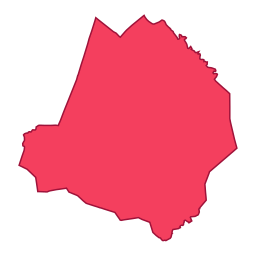 San Pedro Amuzgos, Oaxaca, Mexico (Albers equal-area conic projection)
{"feature_id": "50627088B31860900059957", "entity_name": "San Pedro Amuzgos", "entity_type": "district", "adm_level": 2, "iso_a3": "MEX", "parent_name": "Mexico", "parent_adm1": "Oaxaca", "projection": "albers", "projection_center": [-98.077, 16.678], "detail": "fine", "context": "isolated", "style": "filled", "palette": "rose", "viewbox_px": 256, "rotation_deg": 0, "n_neighbors": 0, "source": "geoboundaries", "source_scale": "gbopen_adm2", "svg_char_len": 3754}
<svg xmlns="http://www.w3.org/2000/svg" viewBox="0 0 256 256"><path d="M165.8,240.6L166.3,240.4L167.3,239.8L169.8,238.5L170.1,238.4L170.4,238.0L170.5,237.8L170.8,237.5L171.0,237.2L171.8,233.9L172.2,233.4L171.9,233.3L172.3,230.7L173.0,229.5L175.6,229.1L178.5,228.6L179.2,228.1L180.4,227.6L180.4,227.3L179.9,226.8L180.1,226.4L180.2,226.1L180.7,225.6L181.0,225.4L181.4,225.3L182.0,225.2L182.6,225.3L182.8,225.4L183.5,224.7L183.5,224.3L183.6,223.5L183.8,222.7L184.0,222.3L184.2,222.1L184.2,221.7L184.2,221.0L184.3,220.6L184.7,220.4L185.2,220.2L185.7,220.4L187.6,221.7L188.8,222.2L188.8,222.7L189.1,222.7L189.4,222.6L189.7,222.3L189.9,222.1L190.3,222.0L190.4,221.9L190.5,221.8L191.4,221.2L191.6,221.1L191.6,220.8L191.4,220.5L191.6,220.5L190.3,217.4L190.4,217.2L190.6,217.0L190.7,216.8L195.0,216.4L196.3,215.8L196.5,215.6L196.8,215.4L197.0,215.3L197.7,215.2L198.1,214.7L198.3,214.4L198.6,213.9L199.3,212.0L199.2,210.9L199.0,210.0L198.9,209.5L198.8,209.3L199.0,209.0L199.1,208.8L199.7,208.6L199.5,208.1L206.2,200.2L206.0,197.3L205.5,192.2L204.9,184.1L209.3,172.5L209.3,172.3L209.4,171.8L223.4,159.8L236.9,148.2L234.5,139.4L232.2,129.6L230.6,122.8L229.8,118.7L229.8,111.6L229.8,106.5L229.7,93.7L226.5,90.7L223.0,87.7L219.0,84.1L215.6,81.0L215.2,80.3L214.4,79.2L216.4,76.8L217.1,75.2L217.3,74.5L217.4,74.3L217.2,74.0L216.3,73.6L214.8,73.5L214.3,73.6L214.1,73.7L213.6,73.7L213.0,72.9L213.3,72.1L213.8,71.4L214.2,71.2L215.2,71.4L215.6,71.3L215.8,70.5L215.3,69.2L212.4,68.1L210.9,67.7L209.3,67.6L207.6,67.2L206.2,65.5L206.7,64.8L207.2,64.3L207.3,62.0L206.5,62.1L204.6,61.2L204.0,61.5L203.8,59.7L202.6,59.4L201.2,59.5L200.8,59.4L199.9,58.9L199.8,58.7L200.0,56.2L200.3,55.7L200.2,54.6L199.8,53.8L198.7,54.1L197.9,53.8L198.2,52.8L198.8,51.7L196.0,52.7L195.1,52.2L194.3,51.0L191.3,49.4L191.9,48.6L190.7,46.5L188.9,48.4L188.5,48.5L187.7,48.2L186.8,44.3L185.9,42.6L184.5,40.4L184.5,39.4L186.0,38.5L186.4,37.8L185.1,36.7L182.9,36.7L182.5,36.7L181.9,36.7L181.7,36.4L181.7,35.9L181.3,35.2L179.6,34.5L179.3,34.9L179.3,36.2L179.3,37.0L179.7,37.9L179.5,38.5L178.5,39.2L177.7,39.1L177.2,37.6L174.9,34.6L174.3,33.9L174.0,33.4L173.5,32.8L173.1,31.5L171.3,30.2L170.4,29.0L170.5,28.9L169.9,28.2L168.3,26.9L166.2,24.7L165.2,22.4L164.5,21.2L164.3,21.0L164.0,20.9L163.4,20.6L162.8,20.2L162.1,20.1L161.8,20.1L160.2,21.3L158.9,22.1L155.2,23.6L154.0,24.1L153.5,24.0L152.3,23.8L150.5,22.6L149.6,22.0L148.8,21.5L146.7,19.5L144.9,17.0L144.1,15.4L142.7,16.5L131.7,25.5L126.6,30.1L125.1,31.7L120.3,37.2L119.0,36.2L116.2,33.2L113.4,31.7L110.0,29.0L98.5,19.9L95.8,17.7L95.0,20.6L91.8,30.8L89.1,38.7L87.8,43.6L83.8,56.7L81.2,64.7L79.3,71.0L79.0,72.0L78.2,74.7L77.7,75.6L76.6,79.7L72.6,89.7L72.2,90.7L67.8,101.7L65.2,108.1L63.2,113.2L60.4,120.6L58.9,123.9L58.4,125.5L55.6,125.2L51.1,125.4L44.1,125.4L41.2,125.3L39.0,125.3L38.1,125.6L37.6,126.1L36.2,126.9L36.1,127.3L36.2,127.9L35.9,128.8L35.9,129.1L35.5,129.8L34.9,130.0L34.3,130.0L34.1,129.9L32.5,129.9L31.6,131.2L30.9,132.0L30.6,131.9L30.3,131.9L29.4,131.7L28.4,132.1L27.9,132.9L27.4,133.1L26.3,133.1L24.5,133.8L23.5,134.9L24.4,137.1L24.5,139.6L24.4,140.6L23.7,141.6L22.7,143.6L22.9,145.8L24.4,146.5L24.5,147.4L24.2,150.0L24.0,150.7L22.0,156.4L19.1,165.3L27.1,169.2L33.0,174.8L35.7,177.4L36.2,180.5L36.7,183.9L37.8,191.6L39.3,191.6L47.1,191.9L49.6,190.9L56.4,189.6L58.7,189.3L61.6,188.9L66.5,188.2L69.0,192.1L76.4,195.1L77.7,195.7L83.3,200.9L86.2,203.3L94.9,206.1L96.9,206.7L99.8,207.7L101.2,208.0L103.5,208.8L114.9,212.4L118.1,217.0L119.1,218.4L120.2,220.1L121.4,220.3L124.0,219.8L127.4,219.3L133.0,218.5L138.4,217.6L142.0,219.4L147.9,221.6L149.8,222.3L152.9,232.4L156.2,235.5L159.1,237.7L160.5,238.0L160.9,238.7L161.4,239.4L162.4,240.4L162.9,240.6L163.7,240.5L165.0,240.2L165.8,240.6Z" fill="#f43f5e" stroke="#9f1239" stroke-width="1.5"/></svg>